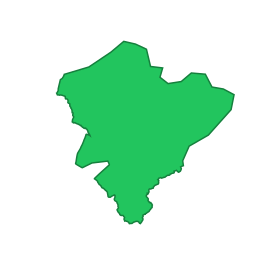 outline of Kara-Buura, Talas, Kyrgyzstan, rotated 298°
{"feature_id": "92254566B426760339641", "entity_name": "Kara-Buura", "entity_type": "district", "adm_level": 2, "iso_a3": "KGZ", "parent_name": "Kyrgyzstan", "parent_adm1": "Talas", "projection": "equal_earth", "projection_center": [71.131, 42.476], "detail": "fine", "context": "isolated", "style": "filled", "palette": "green", "viewbox_px": 256, "rotation_deg": 298, "n_neighbors": 0, "source": "geoboundaries", "source_scale": "gbopen_adm2", "svg_char_len": 5337}
<svg xmlns="http://www.w3.org/2000/svg" viewBox="0 0 256 256"><g transform="rotate(298 128 128)"><path d="M202.5,83.6L186.9,77.3L163.5,64.8L145.4,46.5L144.7,46.8L144.3,46.8L143.9,46.7L143.2,46.9L141.9,46.7L141.1,46.7L139.9,46.2L139.2,45.7L138.9,45.6L130.1,47.9L129.4,48.2L128.3,48.8L127.0,48.8L126.4,48.8L126.0,48.8L125.3,48.8L125.2,48.7L124.1,50.1L124.5,51.0L124.7,51.5L124.8,51.7L124.8,52.1L125.0,52.3L125.3,52.6L125.4,52.8L125.5,53.0L125.6,53.3L125.7,53.5L125.8,53.8L125.9,54.1L126.0,54.6L126.1,54.9L126.1,55.1L126.1,55.5L126.1,55.8L126.2,56.1L126.3,56.5L126.4,57.0L126.4,57.3L126.4,57.8L126.0,58.0L125.6,58.3L125.2,58.4L125.0,58.6L124.8,58.8L124.4,59.2L124.5,59.4L124.6,59.5L124.8,59.8L124.9,60.1L125.0,60.4L125.0,60.6L124.7,61.1L124.7,61.3L124.6,61.5L124.5,61.8L124.4,61.9L124.3,62.1L123.6,62.4L122.9,62.7L122.2,63.0L122.0,63.6L122.0,64.2L122.1,65.1L121.7,65.4L121.2,65.7L120.3,66.3L120.2,66.3L119.8,66.7L119.7,67.0L119.6,67.3L119.3,67.9L119.0,68.2L118.8,68.3L118.6,68.4L118.6,68.5L118.4,68.9L118.1,69.5L117.7,69.8L117.3,70.3L116.3,70.9L115.6,71.3L115.4,71.5L115.5,71.6L115.5,72.3L115.4,72.4L115.2,72.5L114.9,72.7L114.6,72.8L114.4,72.8L114.0,72.9L113.8,73.0L113.6,73.1L113.4,73.2L113.0,73.5L112.5,74.7L111.9,75.0L111.1,75.0L109.4,75.1L107.2,75.9L107.2,76.3L107.2,76.6L107.3,76.7L107.3,76.8L107.1,76.9L107.1,77.0L106.9,77.2L106.9,77.4L107.0,77.7L107.1,77.8L107.3,78.0L107.4,78.3L107.6,78.3L107.7,78.5L107.9,78.7L107.9,78.8L107.9,79.0L107.9,79.3L107.8,79.5L107.7,79.7L107.7,80.4L108.0,81.7L107.9,82.3L108.1,82.7L108.0,82.9L108.1,83.7L107.8,84.8L107.9,85.1L107.8,85.3L107.9,85.5L108.1,85.5L107.3,87.4L107.5,88.0L107.1,88.8L107.3,89.1L107.4,89.5L107.3,90.0L107.6,90.3L107.9,90.4L108.0,90.7L107.6,91.2L107.5,92.6L106.9,93.2L106.6,93.8L106.1,94.2L105.8,94.7L105.4,94.8L105.0,95.7L104.7,96.0L104.7,96.3L104.4,96.5L104.2,96.9L104.1,97.2L103.9,97.4L103.8,97.6L103.6,97.7L103.5,97.8L103.5,98.0L103.4,98.1L103.6,97.1L103.2,96.0L103.3,95.6L103.3,95.3L103.2,94.8L102.9,94.2L102.6,94.0L102.0,94.2L100.6,94.4L99.5,94.6L96.9,94.8L95.0,95.1L91.8,95.4L89.2,95.4L88.7,95.5L87.2,95.6L82.9,95.4L81.9,95.4L79.9,95.9L79.3,96.1L77.4,96.7L74.9,97.6L74.3,97.8L73.8,98.0L72.1,98.4L71.9,98.6L71.7,99.1L71.5,102.7L71.5,104.4L71.4,104.8L71.4,105.6L71.5,106.3L73.1,107.5L74.4,108.4L77.4,110.6L80.2,112.6L89.3,125.7L87.6,128.0L86.9,128.7L86.7,128.8L73.7,124.1L67.7,122.1L67.4,122.2L67.1,124.8L66.9,125.4L66.5,126.3L66.0,126.7L65.6,127.3L65.4,127.8L65.3,128.1L64.6,129.0L64.6,129.9L64.3,130.9L64.1,131.2L64.1,131.7L63.7,132.0L63.3,132.6L63.2,132.8L63.0,133.4L63.3,133.7L63.3,134.1L63.1,134.6L63.0,135.8L62.3,137.5L62.4,137.9L62.0,139.2L61.6,139.9L60.7,140.6L58.7,142.2L58.1,142.6L57.9,143.1L57.9,143.5L58.2,144.1L58.5,144.8L60.5,145.9L62.4,147.3L62.5,147.8L62.3,148.2L60.5,149.1L58.8,149.2L57.9,150.1L57.7,150.5L57.6,152.2L57.4,152.9L56.3,154.0L55.8,154.9L55.4,155.3L54.8,155.6L54.1,155.9L53.3,156.8L52.7,157.1L50.8,156.7L50.0,157.4L50.0,157.6L49.7,158.0L49.0,159.0L48.7,159.9L48.6,160.6L47.7,161.4L47.5,162.8L48.5,164.8L47.8,165.9L47.5,166.9L46.8,167.1L46.3,167.1L45.7,167.2L44.3,168.8L45.0,169.3L44.8,170.1L45.2,171.4L45.0,172.8L44.7,173.5L44.2,173.9L44.2,174.2L44.9,175.1L45.6,176.3L47.7,177.3L48.0,177.8L49.5,179.0L49.7,179.9L50.1,180.3L50.2,181.3L49.3,182.9L49.4,183.8L51.9,184.2L53.0,184.1L53.7,184.3L54.8,183.9L55.3,183.0L55.8,182.7L56.9,182.9L57.2,182.7L57.7,182.2L58.0,182.1L59.4,183.0L59.9,183.7L60.4,183.5L61.5,184.4L62.4,184.6L62.9,185.0L63.9,185.6L64.7,185.8L65.8,185.8L66.1,185.8L66.5,186.0L67.5,186.2L68.2,186.1L69.0,186.6L70.0,186.2L70.6,185.7L71.2,185.7L71.4,185.7L71.7,185.2L72.2,184.6L72.2,184.2L72.3,183.5L72.8,183.3L72.9,183.2L72.8,182.8L72.5,182.3L72.2,182.0L72.2,181.8L72.4,181.7L72.7,181.4L72.9,181.1L73.0,180.4L73.1,180.0L73.2,179.8L73.4,179.7L74.1,179.5L74.9,179.1L75.2,178.8L75.6,177.7L75.8,177.0L76.4,176.1L76.6,176.0L77.1,175.8L77.9,175.9L78.5,176.4L78.9,176.1L79.2,175.7L79.4,175.6L79.5,176.2L79.3,176.3L79.2,176.5L79.4,176.6L79.7,176.6L80.1,176.6L80.5,176.4L81.2,176.6L81.7,176.4L82.2,176.0L82.4,175.9L83.1,175.4L84.2,175.5L84.5,176.0L84.7,176.6L85.0,176.9L85.2,177.1L85.5,177.2L85.9,177.5L86.3,178.1L86.6,178.4L86.7,178.5L87.0,178.5L87.5,178.3L87.8,178.2L89.3,178.5L89.9,178.7L90.5,179.1L91.0,179.6L91.9,180.2L92.2,180.6L92.8,181.0L93.2,181.0L93.6,180.9L94.1,180.8L95.0,180.1L95.4,180.0L95.8,180.0L96.2,179.7L96.4,178.5L97.3,178.8L97.5,178.8L98.2,178.8L98.7,179.4L99.1,179.8L99.6,180.2L99.5,180.7L99.5,181.2L99.6,181.3L100.1,181.8L100.4,182.1L100.7,182.4L100.9,182.4L101.1,182.5L101.4,183.1L101.6,183.4L101.8,183.6L102.2,183.9L102.7,184.0L103.4,184.4L104.7,185.0L105.1,185.7L105.2,185.9L105.4,186.0L105.5,186.3L105.8,186.7L106.0,186.8L106.4,187.0L106.8,187.0L107.0,187.0L107.3,186.9L107.5,187.3L107.8,187.7L108.4,187.9L108.8,188.4L109.0,188.6L109.5,189.3L109.8,189.6L110.3,189.7L110.9,189.5L111.5,188.9L111.6,189.0L112.2,189.7L113.4,190.7L113.1,191.3L113.0,191.9L112.8,192.7L112.6,193.2L112.9,193.6L113.0,193.7L113.5,194.0L114.0,194.2L114.5,194.5L115.1,194.5L116.0,194.4L116.6,194.3L117.1,194.2L117.5,193.7L117.8,193.3L118.3,192.7L118.8,193.1L119.3,193.3L120.7,194.6L124.7,191.7L140.7,190.5L159.5,202.3L192.6,210.4L207.2,206.0L207.2,193.9L203.6,182.9L211.8,171.0L206.3,158.1L194.0,153.2L186.0,142.5L187.8,132.4L197.3,130.4L192.9,119.0L206.2,107.3L205.6,95.2L202.5,83.6Z" fill="#22c55e" stroke="#15803d" stroke-width="1.5"/></g></svg>